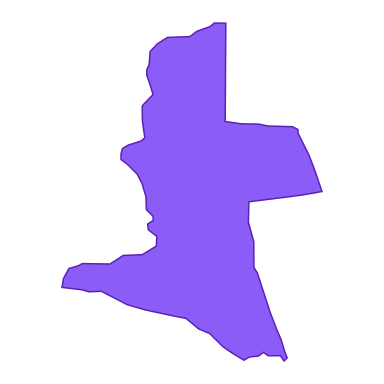 Maïné-Soroa, Diffa, Niger
{"feature_id": "23599985B74336618625682", "entity_name": "Maïné-Soroa", "entity_type": "district", "adm_level": 2, "iso_a3": "NER", "parent_name": "Niger", "parent_adm1": "Diffa", "projection": "orthographic", "projection_center": [11.886, 13.761], "detail": "fine", "context": "isolated", "style": "filled", "palette": "violet", "viewbox_px": 384, "rotation_deg": 0, "n_neighbors": 0, "source": "geoboundaries", "source_scale": "gbopen_adm2", "svg_char_len": 1129}
<svg xmlns="http://www.w3.org/2000/svg" viewBox="0 0 384 384"><path d="M150.1,51.5L149.1,65.0L146.8,69.6L146.8,75.2L150.3,85.4L153.0,94.6L143.3,104.6L142.2,106.4L142.4,120.6L144.8,137.8L141.3,140.9L128.2,145.1L122.4,148.5L121.0,154.0L121.0,159.6L127.0,164.0L137.1,174.1L142.0,183.4L145.9,196.5L146.4,209.7L152.9,216.1L153.3,220.4L147.6,224.0L148.3,229.8L156.8,236.4L156.3,246.1L142.2,254.7L123.3,255.4L110.0,264.0L82.2,263.6L78.5,265.7L68.9,268.5L63.5,278.5L62.0,287.4L81.4,289.7L89.1,291.8L101.2,291.3L111.2,296.4L127.2,304.7L145.6,310.0L173.2,315.9L186.0,318.4L198.8,329.0L209.6,333.5L222.9,346.7L232.5,353.3L243.9,360.2L249.5,357.0L258.7,356.0L263.4,352.3L268.2,355.8L280.4,355.7L284.0,361.0L284.4,360.6L287.2,357.9L285.1,352.6L281.0,339.4L276.5,328.9L270.3,312.7L257.4,273.1L253.9,267.4L253.8,241.9L248.4,222.1L248.9,201.8L302.5,195.0L322.0,191.5L314.8,170.3L308.8,154.7L298.1,133.3L297.9,129.5L292.7,126.7L267.8,126.0L258.9,124.1L241.3,123.8L225.2,121.5L225.8,25.4L225.8,23.2L225.4,23.2L214.3,23.0L210.1,26.5L196.7,31.4L189.9,36.6L167.5,37.4L157.7,43.5L150.1,51.5Z" fill="#8b5cf6" stroke="#5b21b6" stroke-width="1.5"/></svg>